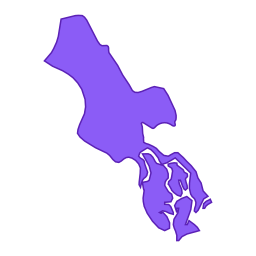 Hồ Chí Minh city, Natural Earth projection
{"feature_id": "VNM-501", "entity_name": "Hồ Chí Minh city", "entity_type": "City", "adm_level": 1, "iso_a3": "VNM", "parent_name": "Vietnam", "parent_adm1": "", "projection": "natural_earth1", "projection_center": [106.809, 10.754], "detail": "fine", "context": "isolated", "style": "filled", "palette": "violet", "viewbox_px": 256, "rotation_deg": 0, "n_neighbors": 0, "source": "natural_earth", "source_scale": "10m", "svg_char_len": 3527}
<svg xmlns="http://www.w3.org/2000/svg" viewBox="0 0 256 256"><path d="M201.1,183.0L203.1,190.9L208.0,196.3L206.0,197.5L203.7,198.9L198.1,210.3L195.9,212.5L194.3,211.0L194.7,208.4L195.7,205.3L195.9,202.3L194.8,199.2L193.6,197.8L192.2,196.6L190.7,194.1L189.4,188.4L189.5,183.1L190.7,173.1L177.5,160.1L175.2,157.9L171.7,160.0L166.9,162.8L161.8,164.4L159.5,161.1L158.2,157.9L154.9,153.6L153.0,151.6L151.0,149.7L147.6,147.9L146.5,148.4L146.3,148.5L141.3,151.6L139.8,152.9L138.6,156.2L140.4,158.1L142.9,159.5L144.2,161.1L144.7,164.0L147.6,172.2L146.8,175.5L145.5,177.2L143.9,178.4L142.5,180.2L141.0,184.9L140.5,187.3L139.1,184.7L139.2,182.1L140.2,173.3L140.4,168.0L138.7,163.9L135.6,160.4L132.0,158.1L128.7,157.2L126.1,157.6L123.7,159.0L121.3,161.0L118.8,162.4L115.5,161.8L112.9,159.5L109.6,155.4L106.8,153.1L95.5,147.7L84.6,141.0L80.0,137.0L77.5,133.3L78.0,129.5L79.7,124.5L84.5,113.7L85.6,106.9L85.1,99.4L81.8,89.3L77.8,83.0L73.0,77.7L68.4,74.2L62.6,70.7L52.7,66.3L44.4,60.9L51.4,52.7L53.7,48.6L56.6,42.2L58.3,36.5L61.1,19.1L75.4,15.6L78.4,15.4L82.3,15.6L84.5,17.2L86.7,20.1L97.5,41.1L99.9,44.5L102.0,45.7L106.9,45.5L108.2,46.5L108.6,48.0L108.6,50.2L108.9,52.6L117.7,65.5L122.7,75.1L129.1,84.7L132.4,90.6L134.8,92.3L138.1,92.5L141.9,91.4L151.4,87.5L154.4,86.6L163.7,88.6L168.0,95.3L175.0,110.4L176.1,115.3L176.1,117.9L175.9,119.7L175.5,120.4L175.1,121.1L174.8,121.6L174.8,122.4L175.2,124.5L175.2,125.1L175.1,125.5L174.7,125.8L174.2,126.0L173.5,126.0L172.4,125.6L170.6,124.4L168.7,123.5L166.8,122.9L164.4,122.7L161.9,123.0L159.8,123.7L158.0,124.6L156.7,125.5L154.4,127.8L153.7,128.2L153.0,128.4L152.0,128.1L143.0,122.5L142.2,122.5L141.3,123.4L142.3,126.8L142.7,133.6L143.6,137.4L143.5,138.7L143.7,142.3L145.9,143.5L148.6,144.3L151.0,145.4L153.3,146.5L156.4,148.4L159.3,151.6L163.8,155.4L168.3,156.2L171.2,154.5L174.6,152.7L177.9,152.7L180.4,155.0L183.3,157.6L186.7,161.3L191.2,165.7L196.0,171.7L197.9,177.9L201.1,183.0ZM173.3,214.3L169.3,213.2L165.8,211.5L162.7,210.8L159.5,212.5L161.0,213.3L161.3,213.3L161.7,212.9L163.0,212.5L166.9,216.7L169.6,222.8L169.5,228.3L164.7,230.6L158.7,227.8L152.5,221.2L147.2,213.2L144.2,206.3L143.3,201.6L143.1,198.1L144.2,190.1L143.8,189.9L143.3,187.8L142.5,183.1L143.3,182.2L147.5,181.4L149.2,180.2L151.0,172.9L149.2,166.1L142.5,153.9L148.2,153.8L150.6,154.8L152.9,157.3L155.2,161.6L156.6,163.4L163.5,165.6L166.7,169.2L168.2,173.8L168.2,178.0L166.4,179.9L165.2,181.9L164.7,185.2L165.3,186.5L168.1,191.2L169.1,192.3L171.7,194.2L172.7,198.2L170.9,201.8L164.7,202.3L164.7,204.3L168.7,204.5L170.7,206.5L173.3,212.5L173.3,214.3ZM189.0,220.6L194.4,224.6L197.3,227.3L199.4,230.6L187.0,234.0L182.0,236.6L178.7,240.6L176.8,240.6L176.8,235.3L175.6,231.2L174.2,227.9L173.3,224.6L174.0,219.2L177.9,212.9L178.7,208.3L176.8,208.3L176.8,212.5L174.6,205.6L176.9,201.3L181.6,198.5L186.8,196.5L192.0,200.6L190.8,209.6L185.4,224.6L187.3,224.6L189.0,220.6ZM182.1,193.2L180.6,196.3L177.3,195.2L173.7,192.4L171.6,190.1L171.3,189.2L168.7,184.5L168.2,184.2L168.7,181.6L171.1,179.2L171.6,177.1L172.6,171.0L171.7,168.2L168.2,165.9L168.2,164.1L170.9,163.3L174.2,162.8L176.8,163.1L177.2,165.3L183.1,169.7L184.3,172.2L185.5,172.9L186.7,173.5L187.3,174.0L187.5,176.2L186.8,177.4L185.9,178.1L185.4,179.1L186.1,182.3L187.1,185.5L187.3,188.3L185.4,190.1L184.1,189.1L182.6,186.2L180.4,180.2L178.7,180.2L179.3,183.9L181.6,189.2L182.1,193.2ZM211.6,202.3L207.9,204.4L206.0,206.0L204.6,208.3L203.0,208.3L203.7,203.7L206.2,201.3L208.7,200.1L209.1,199.9L210.2,199.2L211.6,202.3Z" fill="#8b5cf6" stroke="#5b21b6" stroke-width="1.5"/></svg>